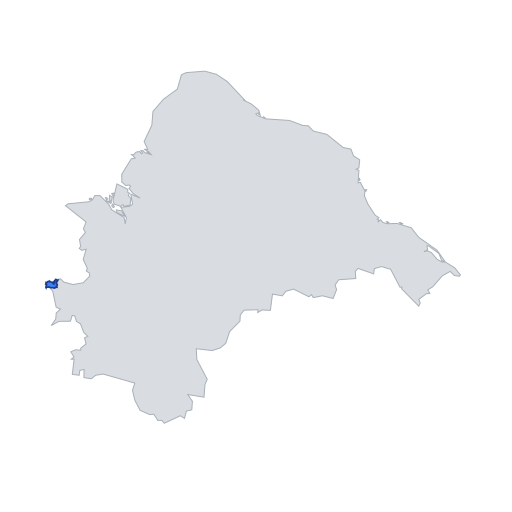 Uiramutã, Roraima, Brazil shown in context, rotated 277°
{"feature_id": "56859067B11368359253245", "entity_name": "Uiramutã", "entity_type": "district", "adm_level": 2, "iso_a3": "BRA", "parent_name": "Brazil", "parent_adm1": "Roraima", "projection": "natural_earth1", "projection_center": [-60.205, 4.716], "detail": "fine", "context": "in_parent", "style": "filled", "palette": "blue", "viewbox_px": 512, "rotation_deg": 277, "n_neighbors": 0, "source": "geoboundaries", "source_scale": "gbopen_adm2", "svg_char_len": 6303}
<svg xmlns="http://www.w3.org/2000/svg" viewBox="0 0 512 512"><g transform="rotate(277 256 256)"><path d="M143.1,93.2L147.9,98.0L153.9,95.8L155.8,98.8L159.1,94.4L167.3,90.0L169.1,85.8L174.3,83.5L174.7,80.8L168.7,79.8L167.1,68.4L162.0,61.2L169.0,64.9L175.1,64.7L179.5,68.4L180.8,63.9L196.3,58.5L199.7,54.8L199.5,51.3L204.1,51.1L205.5,52.8L204.0,58.5L208.1,60.1L209.5,64.8L206.7,68.4L205.4,77.9L208.4,87.8L215.7,93.4L218.9,92.6L220.4,89.4L223.2,90.1L231.5,84.9L242.0,86.6L240.4,82.4L242.0,79.6L244.1,80.8L250.9,78.8L258.6,83.8L261.9,81.4L269.1,83.2L282.7,60.8L284.9,63.1L289.5,83.7L291.9,86.9L296.4,88.7L296.9,93.9L289.2,103.7L284.4,107.0L278.1,120.4L271.9,122.3L278.4,122.7L287.9,115.9L289.8,124.5L292.4,127.2L302.2,124.2L299.3,133.9L303.2,126.2L307.7,121.7L310.0,123.0L311.0,121.6L310.1,118.1L313.1,113.8L320.8,112.8L337.2,120.3L338.4,124.1L340.7,121.4L344.5,124.4L345.5,127.6L343.5,129.8L344.4,131.0L346.4,128.8L346.9,130.9L345.0,133.1L343.8,139.7L346.4,136.9L348.3,132.0L348.6,135.5L356.0,131.0L373.2,136.7L386.9,136.1L400.4,145.1L412.1,157.6L426.8,159.9L429.5,164.4L433.2,182.5L431.6,194.3L425.7,206.2L409.4,225.7L409.4,224.1L406.2,233.0L401.1,240.9L398.8,242.0L397.1,238.5L395.6,240.3L393.3,248.7L394.6,272.6L391.3,286.4L391.6,292.0L387.0,297.7L385.3,311.6L374.3,329.2L373.7,337.2L367.3,340.5L364.1,347.2L356.0,347.4L354.3,344.9L353.6,347.7L341.1,348.4L341.7,350.7L333.6,356.3L329.1,356.2L321.1,360.8L311.0,369.3L309.0,373.3L307.3,371.8L306.6,373.6L304.4,372.8L307.2,375.2L304.8,377.8L304.0,382.3L305.5,392.1L302.9,406.7L294.5,415.0L283.8,435.0L273.9,444.0L273.8,441.0L280.7,437.3L286.9,426.3L287.1,424.4L283.1,425.6L280.8,422.1L282.0,425.6L280.8,429.6L274.7,436.3L272.6,441.6L273.1,444.6L268.4,454.8L262.1,461.2L260.7,460.3L260.8,455.2L264.4,450.6L259.1,443.4L247.0,435.2L243.4,430.7L239.9,433.1L239.5,429.9L232.8,422.8L229.5,424.7L226.0,423.7L241.2,404.5L242.9,404.6L242.6,402.7L259.2,391.3L260.8,381.8L257.9,375.0L252.6,375.0L256.1,358.8L252.8,356.4L245.8,357.8L242.5,341.0L236.8,338.0L232.5,340.1L223.2,337.7L224.6,326.7L221.7,317.9L224.4,315.9L222.0,313.5L227.7,297.3L224.7,290.0L219.7,287.0L220.2,277.0L203.8,276.9L203.2,268.6L200.1,264.6L202.9,264.5L200.8,250.8L195.7,247.6L189.3,248.0L177.8,239.0L165.6,236.6L160.4,231.7L156.8,224.1L156.7,208.0L146.0,209.9L127.7,222.6L122.2,221.0L109.5,221.6L110.2,205.1L104.0,210.6L95.5,211.0L93.6,205.8L86.1,204.8L88.2,200.4L78.8,185.3L81.3,182.7L80.9,178.5L86.5,173.9L85.6,170.0L88.7,159.8L98.1,153.3L107.6,149.8L115.1,151.2L120.2,118.6L118.1,111.4L114.1,107.5L114.3,100.0L122.4,99.2L121.0,95.1L116.1,95.0L116.1,88.1L131.3,88.0L131.1,85.2L133.5,87.7L138.3,83.9L140.9,88.2L141.2,93.6L143.1,93.2ZM293.8,107.3L310.6,109.2L306.6,120.6L303.5,120.9L303.0,122.8L300.5,121.9L297.8,124.8L291.4,124.8L289.1,119.1L290.8,117.6L288.8,115.6L290.2,108.9L293.8,107.3ZM279.4,121.1L282.0,112.9L284.7,111.7L284.5,116.8L279.4,121.1ZM298.4,103.3L296.8,106.3L293.0,105.6L293.6,103.6L298.4,103.3ZM292.7,99.9L292.0,106.1L290.4,105.5L292.7,99.9ZM301.1,107.2L298.7,107.6L297.6,107.1L300.5,105.2L301.1,107.2ZM290.1,107.4L287.6,109.5L286.6,108.4L288.4,106.6L290.1,107.4ZM294.6,101.9L293.5,100.7L295.5,99.4L295.7,100.6L294.6,101.9ZM293.3,85.7L291.9,86.0L291.6,83.7L292.9,83.6L293.3,85.7ZM305.9,398.1L305.5,396.1L306.6,394.2L306.9,394.8L305.9,398.1ZM335.0,355.5L335.3,357.7L333.7,357.2L335.0,355.5ZM305.4,383.7L304.7,382.5L305.9,381.3L306.2,381.8L305.4,383.7ZM346.0,135.6L344.9,137.9L346.0,134.6L346.0,135.6ZM397.8,242.4L396.1,243.1L397.3,241.2L397.8,242.4ZM345.6,349.3L343.9,350.0L343.5,349.6L344.6,348.6L345.6,349.3ZM395.0,246.7L394.3,248.0L393.9,247.2L395.0,246.7ZM341.5,119.4L341.6,120.7L341.2,120.5L341.5,119.4Z" fill="#d9dde1" stroke="#a8b0b8" stroke-width="1"/><path d="M207.9,62.4L207.8,62.2L207.8,61.9L207.8,61.6L207.9,61.4L208.0,61.3L207.9,61.2L207.9,61.3L207.8,61.2L208.0,60.9L208.2,60.6L208.3,60.5L208.3,60.3L208.4,60.2L208.2,60.1L207.9,59.9L207.8,59.7L207.6,59.7L207.4,59.5L207.3,59.4L207.2,59.4L207.3,59.3L207.2,59.2L207.1,59.4L206.9,59.4L206.7,59.3L206.6,59.2L206.3,59.1L206.2,59.3L206.2,59.2L206.0,58.9L205.9,58.9L205.7,58.8L205.6,59.0L205.4,58.9L205.3,59.0L205.2,59.0L205.2,58.9L205.1,59.0L205.0,58.9L204.8,58.9L204.7,58.9L204.8,58.7L204.7,58.6L204.4,58.6L204.5,58.7L204.5,58.8L204.4,58.8L204.1,58.7L203.9,58.7L204.0,58.6L204.0,58.4L203.9,58.3L204.0,58.1L204.3,58.0L204.2,58.0L204.2,57.9L204.3,57.8L204.4,57.7L204.5,57.8L204.7,57.7L204.7,57.4L204.8,57.4L204.7,57.3L204.7,57.2L204.9,57.0L205.0,56.8L205.2,56.7L205.1,56.4L205.2,56.2L205.2,55.9L205.1,55.7L205.2,55.4L205.3,55.3L205.3,55.1L205.3,54.9L205.4,54.6L205.4,54.4L205.5,54.3L205.4,54.3L205.4,54.2L205.5,54.2L205.4,54.0L205.5,53.9L205.5,53.7L205.5,53.4L205.6,53.5L205.6,53.4L205.6,53.2L205.6,52.9L205.4,52.7L205.4,52.8L205.3,52.7L205.2,52.7L204.9,52.4L204.8,52.2L204.7,52.2L204.4,51.6L204.2,51.3L204.2,51.0L203.8,51.3L203.7,51.2L203.6,50.8L203.4,50.8L203.2,51.0L202.9,51.1L202.7,51.2L202.6,51.3L202.4,51.5L202.3,51.4L202.3,51.5L202.2,51.5L202.2,51.4L202.1,51.5L202.0,51.4L201.9,51.3L201.7,51.4L201.6,51.5L201.4,51.7L201.2,51.5L200.9,51.5L200.6,51.4L200.5,51.5L200.4,51.6L200.2,51.6L200.0,51.4L199.9,51.4L199.7,51.4L199.5,51.2L199.4,51.2L199.2,51.2L199.0,51.3L198.9,51.3L198.7,51.5L198.8,51.5L199.0,51.6L199.2,51.8L199.3,51.8L199.4,52.0L199.5,52.4L199.6,52.5L199.6,52.8L199.6,53.0L199.7,53.4L199.8,53.5L200.0,53.6L200.0,53.8L200.1,54.1L200.0,54.4L199.9,54.4L199.8,54.5L199.7,54.6L199.7,54.8L199.7,55.1L199.8,55.2L199.8,55.3L199.7,55.5L199.6,55.8L199.6,56.0L199.6,56.3L199.5,56.5L199.5,56.8L199.6,57.1L199.7,57.3L199.7,57.5L199.8,58.4L199.8,58.5L199.7,58.6L199.7,58.9L199.6,59.0L199.6,59.3L199.5,59.5L199.4,59.7L199.5,59.8L199.6,60.0L199.8,60.0L200.0,60.0L200.1,60.3L200.2,60.5L200.3,60.6L200.3,60.8L200.5,61.0L200.3,61.0L200.2,61.2L200.3,61.3L200.6,61.4L200.7,61.6L200.8,61.6L200.7,61.7L200.7,61.8L200.7,62.0L200.8,61.9L201.0,61.9L201.1,62.0L201.3,62.0L201.7,62.1L201.9,62.1L202.1,62.3L202.3,62.3L202.5,62.4L202.8,62.3L203.0,62.3L203.0,62.2L203.3,62.1L203.5,62.2L203.8,62.1L204.0,61.9L204.1,61.7L204.2,61.4L204.4,61.4L204.5,61.4L204.8,61.2L204.7,61.2L204.8,61.1L205.0,60.9L205.2,61.1L205.4,61.2L205.6,61.2L206.0,61.6L206.4,61.8L207.1,61.9L207.5,61.9L207.5,62.0L207.4,62.0L207.2,62.2L207.4,62.3L207.5,62.3L207.9,62.4ZM208.0,62.4L207.9,62.4L208.0,62.4Z" fill="#3b82f6" stroke="#1e3a8a" stroke-width="1.5"/></g></svg>